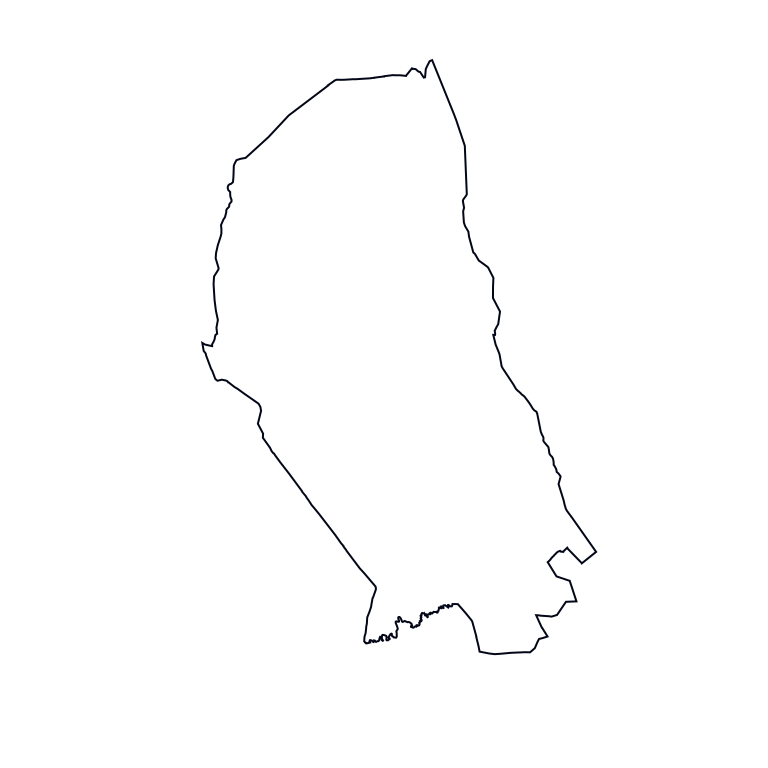 Nautrēnu pag., Rezeknes, Latvia, rotated 70°
{"feature_id": "27541924B31179007795423", "entity_name": "Nautrēnu pag.", "entity_type": "district", "adm_level": 2, "iso_a3": "LVA", "parent_name": "Latvia", "parent_adm1": "Rezeknes", "projection": "natural_earth1", "projection_center": [27.418, 56.733], "detail": "fine", "context": "isolated", "style": "outline", "palette": "ink", "viewbox_px": 768, "rotation_deg": 70, "n_neighbors": 0, "source": "geoboundaries", "source_scale": "gbopen_adm2", "svg_char_len": 6063}
<svg xmlns="http://www.w3.org/2000/svg" viewBox="0 0 768 768"><g transform="rotate(70 384 384)"><path d="M96.1,228.0L96.3,230.7L99.5,234.2L102.3,237.0L109.8,240.5L109.7,241.8L103.1,243.4L102.2,244.8L98.9,246.6L98.2,248.1L97.9,248.4L97.7,249.5L97.0,249.8L101.8,257.8L102.0,257.9L99.4,263.3L97.6,268.3L96.9,269.6L94.8,278.6L95.1,278.8L94.9,279.2L93.0,287.6L93.1,288.0L92.9,288.1L92.1,292.1L91.2,295.2L87.8,306.8L87.2,308.2L84.5,317.3L83.5,320.3L81.9,324.3L81.9,326.3L83.9,333.7L84.1,334.4L84.4,334.3L99.0,381.6L112.5,408.2L124.2,436.7L123.3,441.9L123.2,446.1L125.7,448.9L127.6,450.5L138.0,454.7L142.3,456.7L142.7,457.0L143.6,459.2L143.5,460.5L143.6,461.0L144.0,462.2L145.3,463.4L146.5,463.8L148.4,464.0L151.0,462.9L153.5,463.8L155.6,464.3L158.9,464.3L160.4,464.9L161.7,467.2L162.4,468.0L163.9,468.6L164.6,469.2L165.8,471.8L167.0,472.9L168.5,473.4L172.8,476.3L174.5,478.6L178.9,482.8L183.1,483.9L186.9,485.3L189.5,487.0L196.6,492.6L203.6,497.1L208.4,499.2L218.7,499.8L219.9,500.6L224.8,506.9L231.9,510.0L247.1,514.5L257.7,516.9L267.0,518.2L273.8,522.2L279.7,523.6L280.1,524.8L280.1,525.3L280.3,525.6L282.5,527.1L283.8,527.7L286.1,529.8L287.5,531.5L288.5,532.3L289.6,532.4L289.7,532.5L285.8,538.6L283.3,540.7L285.0,541.0L291.2,542.1L294.5,541.1L296.1,541.4L310.4,541.3L313.0,540.9L321.5,540.8L323.2,539.9L324.0,539.3L324.5,534.9L326.8,531.2L327.7,530.3L329.0,529.9L329.0,529.7L335.7,525.5L338.7,523.1L345.5,518.5L359.6,508.6L363.3,508.0L367.2,508.7L378.2,516.1L389.3,514.6L393.1,516.2L405.0,512.9L408.3,512.6L410.8,511.9L411.8,511.1L413.8,510.7L421.4,508.5L436.0,503.8L456.6,497.7L457.5,497.7L463.3,495.6L464.0,495.7L466.9,494.8L473.0,493.4L477.6,491.7L483.9,489.5L509.4,481.4L519.0,478.8L522.3,477.5L522.5,477.7L524.7,477.1L526.8,476.4L528.4,476.1L549.0,469.8L555.3,467.2L571.5,461.2L573.6,461.6L574.3,461.9L580.5,467.0L581.5,468.1L587.9,471.8L588.8,472.2L593.1,475.6L597.6,479.6L603.4,482.1L606.3,483.9L607.2,484.2L612.0,486.6L614.7,488.7L619.0,490.6L619.6,490.3L620.3,490.3L621.0,489.5L621.5,489.6L621.6,489.4L621.3,489.1L621.9,488.5L622.2,485.4L621.8,485.4L621.5,485.2L620.9,485.7L619.9,484.9L620.1,484.2L621.0,483.1L622.5,482.5L622.9,482.2L622.8,481.7L622.6,481.4L621.6,480.9L622.1,480.3L623.6,479.7L623.5,477.7L623.7,477.2L623.5,476.6L620.4,474.4L620.2,474.0L620.5,473.6L623.8,473.8L624.9,473.0L624.7,472.6L622.9,473.0L621.6,472.8L619.7,471.8L619.3,471.3L619.3,471.1L619.7,470.1L621.4,468.1L622.6,468.1L625.1,469.3L625.5,469.2L625.9,468.9L626.2,468.1L625.6,466.0L625.5,465.8L625.0,465.8L624.6,466.1L624.3,466.5L623.7,466.6L621.4,463.7L621.1,463.0L621.2,462.3L621.7,462.1L623.1,462.7L624.2,462.3L624.4,461.8L625.6,461.3L626.5,459.4L626.0,458.7L625.2,458.2L622.1,457.2L620.7,457.0L619.7,456.0L619.4,455.3L618.7,454.8L616.9,454.6L612.5,454.7L611.5,454.4L611.3,454.1L611.3,453.6L612.5,451.4L612.3,451.1L611.6,450.8L609.8,450.9L608.7,450.7L608.1,450.3L608.0,450.0L608.1,449.4L608.3,449.1L609.2,448.6L611.1,448.3L613.2,448.3L613.8,448.1L614.0,447.7L613.8,446.1L613.8,445.5L615.8,443.5L616.2,442.0L617.2,441.0L618.9,440.1L619.2,440.1L619.9,440.6L620.6,440.2L621.2,440.6L621.0,441.2L621.1,441.6L621.5,441.7L622.9,440.0L623.0,439.6L623.0,439.1L622.5,438.4L622.5,437.7L623.1,436.6L622.9,436.3L621.9,436.1L621.8,435.5L621.9,435.3L622.8,434.9L622.6,434.2L622.8,433.5L622.7,433.3L621.7,432.6L620.6,432.7L620.4,432.5L620.3,431.8L619.0,431.4L618.9,431.0L619.6,430.1L619.2,429.6L618.6,429.3L616.8,429.8L616.6,429.6L616.5,429.2L616.0,428.6L615.7,428.6L615.1,429.0L614.1,428.8L613.9,428.4L614.1,427.9L613.9,427.6L613.0,427.5L612.2,426.6L612.2,426.4L613.1,425.3L613.2,424.8L613.1,424.6L614.3,424.4L615.3,424.6L615.6,424.5L615.7,424.3L615.4,424.0L615.0,423.9L614.6,423.6L614.8,423.1L615.0,422.9L616.3,423.1L617.4,423.1L617.9,423.0L618.1,422.8L618.0,422.6L617.1,422.3L616.4,422.4L615.9,422.0L615.7,421.7L615.6,421.0L615.7,420.2L616.2,419.6L616.1,419.3L615.8,419.3L615.3,419.6L615.0,419.5L614.8,418.9L614.9,418.3L615.7,418.1L616.1,417.4L616.1,417.0L615.4,416.4L615.4,415.8L615.1,415.1L615.6,414.4L616.0,412.8L617.0,412.4L617.1,411.9L616.8,411.6L615.9,411.3L615.7,410.3L614.8,409.9L614.3,409.4L612.9,408.9L613.0,407.7L613.9,407.5L614.1,407.2L613.1,406.9L612.5,406.4L612.7,406.0L613.6,405.5L614.6,405.3L614.8,405.1L614.8,404.7L613.2,404.4L612.4,403.9L612.4,403.5L612.8,402.2L616.0,400.1L615.7,399.8L614.9,399.7L614.3,399.9L613.6,399.5L613.6,399.2L614.0,398.7L615.5,398.0L616.1,396.5L615.9,396.0L615.5,395.7L614.2,394.9L616.1,389.9L627.2,385.6L635.6,382.7L637.3,382.3L653.0,383.6L653.1,383.8L662.4,384.8L668.2,385.7L673.4,377.0L675.8,372.2L677.8,365.1L680.0,356.7L684.3,343.1L686.1,338.5L683.8,332.6L679.0,328.1L676.6,325.5L677.0,322.1L677.2,316.7L667.2,318.8L667.1,319.0L653.3,320.1L654.4,317.5L655.2,316.2L658.9,307.9L659.9,306.1L660.2,300.4L650.9,287.5L654.1,277.5L632.5,276.8L623.8,287.7L607.4,291.1L606.5,288.8L604.5,285.5L603.5,283.2L602.7,281.9L602.5,281.2L601.7,279.7L601.3,278.7L601.1,277.8L601.0,275.6L602.0,275.2L602.5,273.8L603.1,273.2L603.0,272.7L602.5,272.3L600.5,267.8L602.0,267.5L619.6,259.6L620.2,259.5L614.3,242.1L574.4,252.9L565.7,255.5L563.4,255.8L559.7,255.6L554.8,255.0L537.9,254.2L537.6,254.1L532.0,250.1L531.1,249.7L527.9,250.6L525.6,251.8L523.3,251.3L519.8,251.7L518.0,252.2L515.4,251.3L512.0,250.7L509.9,251.0L508.1,251.9L506.6,252.3L505.9,252.3L504.9,252.2L502.5,251.6L499.5,251.1L493.0,253.5L492.3,253.6L491.5,253.6L490.3,253.0L488.8,252.5L487.4,252.6L485.5,252.9L482.5,253.0L464.5,250.2L462.3,250.2L460.1,251.8L458.1,252.6L453.6,253.5L450.4,254.3L443.6,256.4L441.0,258.1L438.7,259.1L435.5,260.9L433.7,261.7L428.5,262.6L409.8,267.1L407.6,267.4L395.7,265.3L393.1,265.3L385.0,265.6L375.2,264.5L375.6,263.3L375.9,262.9L375.7,262.7L373.8,262.1L371.9,261.8L369.1,258.9L366.8,256.2L355.6,250.2L340.5,252.2L330.2,248.4L321.7,244.9L310.2,246.3L309.5,246.6L300.4,252.7L292.7,254.1L290.9,255.1L274.7,253.7L269.7,252.6L263.3,253.8L259.6,253.7L249.2,250.7L248.1,250.1L245.8,248.5L239.6,247.4L238.4,247.0L237.6,246.2L235.5,243.0L234.6,241.8L234.1,241.4L233.1,241.0L187.8,226.6L160.7,225.9L153.7,226.0L96.1,228.0Z" fill="none" stroke="#020617" stroke-width="2"/></g></svg>